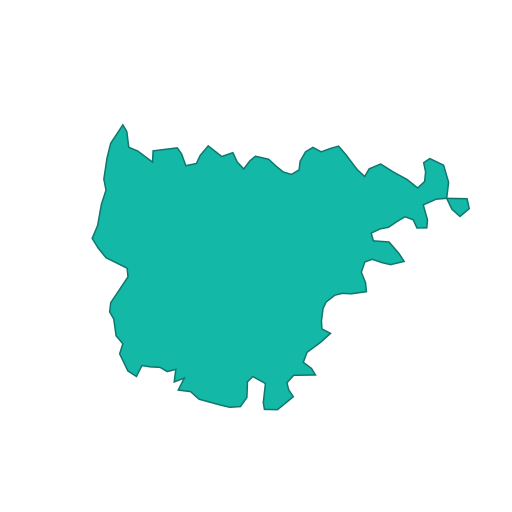 the district of Pouso Novo, Rio Grande do Sul, Brazil, rotated 293°
{"feature_id": "56859067B59341670887428", "entity_name": "Pouso Novo", "entity_type": "district", "adm_level": 2, "iso_a3": "BRA", "parent_name": "Brazil", "parent_adm1": "Rio Grande do Sul", "projection": "mercator", "projection_center": [-52.22, -29.162], "detail": "fine", "context": "isolated", "style": "filled", "palette": "teal", "viewbox_px": 512, "rotation_deg": 293, "n_neighbors": 0, "source": "geoboundaries", "source_scale": "gbopen_adm2", "svg_char_len": 1733}
<svg xmlns="http://www.w3.org/2000/svg" viewBox="0 0 512 512"><g transform="rotate(293 256 256)"><path d="M324.8,141.3L312.6,120.2L302.0,124.1L306.4,106.2L306.4,96.4L320.0,88.5L324.7,82.2L303.0,78.2L287.9,80.6L267.3,85.9L258.0,92.2L243.1,93.5L222.2,98.3L208.2,98.3L201.5,107.8L195.8,118.6L194.4,142.1L186.8,146.3L166.9,142.6L156.4,140.5L147.4,143.1L142.4,149.7L127.9,158.4L123.2,167.7L112.7,168.7L100.1,183.0L98.4,193.0L110.6,193.8L112.7,202.2L116.0,211.2L114.9,219.4L120.3,226.5L108.1,229.9L115.6,237.7L102.2,236.8L105.6,248.8L101.9,259.6L104.7,280.4L106.5,291.0L111.3,300.5L122.2,302.9L136.9,297.3L143.8,300.2L142.3,314.5L123.9,320.0L118.1,323.7L122.9,335.8L141.0,345.3L145.5,338.5L151.4,334.0L160.9,337.3L169.7,357.2L174.2,351.0L176.6,341.1L187.2,340.6L202.0,349.3L213.9,354.8L214.6,345.2L221.8,341.6L234.0,338.2L240.9,338.5L250.8,343.9L255.4,350.2L258.4,358.4L266.3,371.6L274.3,367.2L282.2,359.3L293.0,358.5L298.4,364.3L299.1,374.2L300.6,383.2L308.9,394.5L314.0,386.9L320.9,373.0L315.8,358.1L322.1,353.1L329.5,359.7L334.2,366.8L342.5,372.1L350.4,377.9L350.7,386.6L344.7,393.2L348.6,402.2L356.2,399.8L368.4,390.0L378.6,399.5L383.6,409.0L399.1,404.5L412.9,393.2L413.6,377.9L407.4,373.9L399.8,379.2L390.5,382.1L381.8,378.2L385.5,365.1L386.9,350.2L389.4,334.8L380.4,326.1L371.7,325.0L374.9,315.8L378.6,309.2L384.3,299.4L389.4,289.1L383.9,282.3L377.4,275.4L378.2,265.9L371.3,260.9L360.4,259.6L352.1,262.0L344.9,256.7L344.0,248.4L346.3,240.1L350.0,229.8L347.6,216.5L341.3,213.2L331.3,210.7L335.2,202.0L342.1,194.3L334.2,185.6L338.7,169.0L326.6,165.3L317.9,165.0L311.7,156.1L320.9,147.6L324.8,141.3ZM391.2,427.9L383.6,409.0L375.6,418.0L372.1,428.3L382.9,433.8L391.2,427.9Z" fill="#14b8a6" stroke="#0f766e" stroke-width="1.5"/></g></svg>